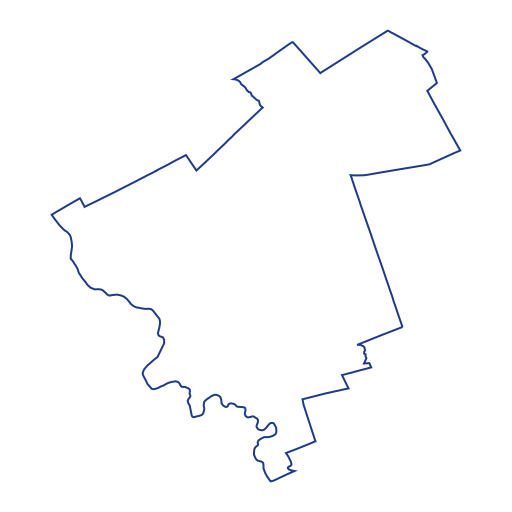 Nucet, Dâmbovita, Romania
{"feature_id": "2599482B97310589725824", "entity_name": "Nucet", "entity_type": "district", "adm_level": 2, "iso_a3": "ROU", "parent_name": "Romania", "parent_adm1": "Dâmbovita", "projection": "robinson", "projection_center": [25.548, 44.795], "detail": "fine", "context": "isolated", "style": "outline", "palette": "blue", "viewbox_px": 512, "rotation_deg": 0, "n_neighbors": 0, "source": "geoboundaries", "source_scale": "gbopen_adm2", "svg_char_len": 5957}
<svg xmlns="http://www.w3.org/2000/svg" viewBox="0 0 512 512"><path d="M256.6,459.7L257.6,460.6L260.1,461.2L261.9,461.8L263.2,463.0L263.5,465.6L263.5,468.4L265.1,472.8L267.0,476.3L269.2,479.5L270.5,481.3L271.2,481.2L273.5,480.7L286.2,474.7L294.5,471.0L292.1,470.6L289.1,469.6L287.8,468.1L287.9,467.5L288.4,466.9L290.1,466.1L290.9,465.5L291.4,464.9L291.4,463.9L291.2,462.9L290.9,461.7L290.4,460.6L289.5,458.9L288.9,457.6L288.3,456.5L286.0,453.0L288.4,452.1L297.6,448.6L299.5,447.8L303.5,446.2L306.8,444.9L309.7,443.7L314.4,441.7L314.7,441.6L315.0,441.5L315.5,441.3L314.5,438.5L311.5,429.2L307.3,416.3L303.6,404.8L302.5,399.3L325.3,393.5L348.5,388.4L342.0,375.1L371.2,367.4L369.3,363.1L364.0,363.5L365.0,361.4L366.4,358.3L365.5,356.2L365.6,354.3L364.1,353.6L364.1,352.0L365.1,350.3L364.6,348.8L364.5,347.4L363.1,346.1L360.2,344.8L357.1,344.9L381.5,335.1L401.7,327.3L402.3,326.5L400.7,321.8L400.1,320.2L398.5,315.5L396.8,310.5L395.3,306.0L393.7,301.5L393.2,299.8L393.0,299.0L391.9,295.6L389.8,289.6L387.9,284.0L386.1,278.8L383.5,271.0L380.8,263.2L378.4,256.5L375.7,248.6L372.4,238.8L371.4,236.0L371.3,235.3L368.8,228.3L364.7,216.6L362.0,208.7L361.3,206.8L360.9,205.7L360.4,204.1L360.1,203.2L359.6,201.4L358.9,199.5L357.7,196.0L357.5,195.4L357.3,194.9L357.2,194.6L357.0,194.2L356.7,193.3L356.5,192.5L356.2,191.9L356.0,191.0L355.7,190.4L355.5,189.8L355.2,188.8L355.2,188.7L354.5,186.8L354.0,185.2L353.7,184.5L353.6,183.9L352.8,181.7L352.5,180.7L351.8,178.5L351.1,176.5L350.9,176.0L350.6,175.2L351.2,175.3L357.3,175.4L362.5,175.3L364.8,175.2L370.3,174.3L378.3,172.9L395.4,170.0L420.9,165.8L429.1,164.4L429.9,164.1L453.2,153.5L458.2,151.4L460.3,150.5L459.6,149.3L455.7,142.4L450.0,132.4L443.4,120.1L433.3,102.0L427.3,90.8L436.7,83.2L436.8,82.6L431.8,69.1L428.3,63.0L425.0,58.8L424.6,58.3L423.6,57.5L423.0,56.3L422.5,55.2L423.9,54.5L425.4,53.4L426.7,52.3L427.2,51.8L427.3,51.5L426.6,51.1L425.7,50.7L425.1,50.4L423.1,49.5L421.3,48.6L419.9,47.8L417.8,46.6L416.5,45.8L416.2,46.1L413.4,44.6L409.7,42.5L400.4,37.4L388.5,31.0L387.6,30.7L363.8,45.5L338.7,61.4L332.5,65.3L320.5,72.9L320.3,73.1L306.6,57.6L293.0,42.3L292.1,42.2L288.6,44.5L277.6,52.2L277.2,52.5L276.5,53.0L274.1,54.8L270.4,57.4L268.7,58.6L267.2,59.5L265.8,60.3L263.8,61.5L262.9,62.0L262.3,62.5L261.7,63.0L261.0,63.5L260.8,63.7L260.6,63.9L233.5,79.2L234.9,79.3L237.1,80.0L239.0,81.0L240.3,82.3L240.9,83.8L241.9,84.7L243.7,86.1L245.3,87.5L246.1,88.9L247.0,90.4L247.6,91.1L248.3,91.4L248.8,92.1L250.0,92.3L250.7,92.7L251.1,93.6L251.6,95.1L251.8,95.7L252.6,96.2L253.5,96.9L254.1,97.6L255.6,98.9L256.3,99.6L256.9,100.0L257.8,100.4L258.8,100.7L259.2,101.5L259.4,102.6L259.7,104.1L259.9,104.7L260.4,105.5L261.1,106.3L261.9,106.9L262.7,107.6L262.4,107.8L261.8,108.3L260.9,109.1L252.6,117.0L239.8,129.1L234.4,134.1L231.7,137.0L228.5,139.9L225.0,143.5L217.6,150.5L213.5,154.6L210.0,157.8L205.2,162.4L198.9,168.2L196.6,170.3L196.4,170.5L186.0,155.1L185.5,155.4L185.2,155.5L176.0,160.2L169.4,163.8L168.6,164.4L168.4,164.4L157.3,170.1L156.8,170.4L155.4,171.1L155.5,171.3L155.2,171.4L150.3,173.9L148.8,174.6L148.0,175.0L147.8,175.1L144.9,176.6L140.8,178.7L134.4,182.1L131.1,183.7L128.3,185.2L125.0,186.8L119.8,189.5L116.3,191.3L111.2,193.8L110.6,194.1L108.8,195.0L106.4,196.2L96.9,200.9L84.7,206.8L84.7,206.7L84.5,206.4L83.8,205.2L82.4,202.9L82.1,202.0L81.3,200.5L79.9,198.3L72.0,202.8L55.9,212.2L51.7,214.8L54.8,219.2L59.8,225.6L61.8,227.6L63.3,229.2L64.7,230.4L67.2,232.0L69.9,235.0L70.9,237.7L71.5,240.9L71.9,244.0L72.1,246.1L71.4,251.2L70.8,255.1L70.7,258.7L72.8,261.1L73.6,262.3L74.4,263.8L75.4,265.1L76.9,267.6L77.7,269.3L78.3,271.3L78.9,273.0L80.5,275.3L81.8,277.5L83.6,279.8L84.9,281.3L85.8,282.4L86.6,283.7L87.7,285.1L89.1,286.4L90.8,287.8L94.8,289.4L97.9,289.2L100.6,289.4L102.3,290.0L103.8,291.2L105.3,292.6L107.2,294.5L108.3,295.2L109.4,295.6L111.0,295.3L112.8,295.0L117.0,294.6L121.2,295.5L124.4,296.9L127.2,299.3L129.5,302.1L130.8,303.9L133.5,306.1L134.8,306.7L136.8,307.5L138.8,307.7L141.0,308.3L145.4,308.9L147.0,308.8L148.9,308.8L151.0,309.1L152.7,310.3L154.2,312.2L155.3,313.6L157.1,315.9L159.4,318.8L160.0,321.5L160.0,323.7L159.1,328.7L158.7,330.0L157.9,333.3L158.6,335.4L159.9,336.3L163.0,337.4L164.2,339.9L164.1,343.4L157.5,357.0L153.3,360.3L150.2,363.1L147.4,365.5L144.1,369.4L142.8,372.5L142.8,374.5L144.0,377.1L145.2,379.2L146.6,382.0L147.5,384.0L149.6,386.3L151.5,388.7L153.1,389.1L154.6,389.1L158.2,387.9L161.0,386.4L163.5,385.5L166.6,383.7L169.7,382.4L172.6,381.8L175.7,381.3L178.1,382.0L179.5,383.4L180.8,385.9L181.8,386.9L185.0,386.9L188.5,388.4L189.7,389.5L189.9,391.1L189.6,392.6L189.7,394.0L190.1,394.7L190.4,395.8L190.2,396.8L189.4,397.9L188.4,399.0L187.7,400.9L188.4,403.4L189.7,405.4L191.6,415.0L192.1,416.3L192.7,416.8L193.3,417.2L194.4,417.1L195.5,416.7L199.0,415.9L201.5,415.1L202.6,414.2L203.3,413.0L204.0,410.5L204.3,409.1L204.2,408.0L203.9,406.7L203.7,405.3L203.8,403.5L204.3,401.7L205.6,400.3L207.4,398.9L211.3,396.2L214.1,394.9L216.4,394.8L219.1,395.9L220.5,397.3L221.3,399.9L221.5,403.1L222.9,405.3L224.7,406.5L226.1,407.0L226.6,406.9L227.1,406.7L227.8,406.0L228.4,404.6L229.2,403.8L230.4,403.4L231.6,403.4L232.8,403.6L234.8,404.4L235.9,405.4L236.5,406.3L237.6,406.7L239.3,406.9L241.6,407.0L243.4,407.2L244.9,407.8L245.4,408.9L245.5,410.6L244.8,413.1L244.9,414.4L245.7,416.0L247.2,417.2L248.3,417.4L249.4,417.2L251.1,416.8L252.6,416.3L254.1,416.7L255.5,417.7L257.0,418.6L257.8,419.6L258.0,421.4L257.6,423.0L256.9,424.7L256.5,426.4L256.7,427.2L257.4,428.2L258.2,429.2L259.0,429.6L260.7,430.1L262.2,430.3L263.8,429.9L265.0,428.9L266.0,428.0L267.4,426.3L268.9,424.4L270.5,423.1L272.6,422.9L273.8,423.5L274.9,425.3L276.1,427.6L276.3,430.0L276.4,431.9L275.5,434.2L272.7,435.9L270.1,436.8L268.0,437.1L266.1,437.1L264.3,437.1L262.5,437.9L260.6,439.0L258.9,440.1L257.9,441.4L257.7,442.9L257.9,443.8L258.1,444.6L257.9,445.2L257.3,445.7L255.6,447.0L254.8,448.2L254.2,449.7L254.0,452.8L254.0,454.6L254.8,456.7L255.7,458.6L256.6,459.7Z" fill="none" stroke="#1e3a8a" stroke-width="2"/></svg>